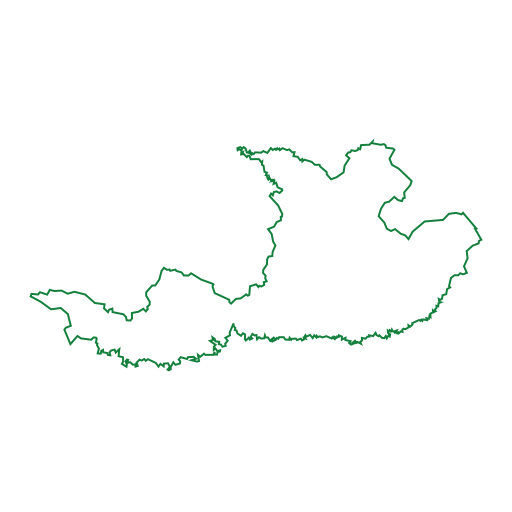 Tejupilco, México, Mexico (orthographic projection)
{"feature_id": "50627088B9468705483198", "entity_name": "Tejupilco", "entity_type": "district", "adm_level": 2, "iso_a3": "MEX", "parent_name": "Mexico", "parent_adm1": "México", "projection": "orthographic", "projection_center": [-100.226, 18.891], "detail": "fine", "context": "isolated", "style": "outline", "palette": "green", "viewbox_px": 512, "rotation_deg": 0, "n_neighbors": 0, "source": "geoboundaries", "source_scale": "gbopen_adm2", "svg_char_len": 6096}
<svg xmlns="http://www.w3.org/2000/svg" viewBox="0 0 512 512"><path d="M360.9,343.7L360.1,342.0L362.1,340.5L361.9,337.9L365.5,338.7L367.3,336.7L369.4,336.6L369.2,335.3L373.1,336.1L375.6,332.8L376.5,335.1L378.6,336.2L379.4,335.3L381.9,337.8L384.3,338.2L385.8,336.0L386.8,338.3L388.5,335.6L389.7,336.5L390.2,334.4L388.1,333.0L387.9,330.8L388.8,331.6L389.6,330.2L390.8,331.5L391.8,329.5L392.6,331.3L394.9,332.1L394.6,331.2L396.7,330.5L395.5,332.6L397.7,332.3L397.3,333.4L398.3,333.7L401.0,331.3L402.5,331.9L402.4,329.5L403.6,328.7L405.3,329.2L408.7,327.3L408.5,325.3L410.3,326.6L412.5,324.5L412.2,323.2L419.1,320.0L420.4,320.8L421.2,319.7L422.3,320.9L423.2,319.4L427.1,320.2L426.5,318.2L428.9,318.8L429.5,315.8L430.5,316.8L430.3,313.7L432.9,312.4L432.9,311.1L433.6,312.2L435.6,311.2L434.2,310.2L436.5,308.0L436.5,305.8L438.2,306.3L438.5,303.2L440.8,302.3L439.4,301.9L438.8,299.0L440.3,299.8L442.1,298.7L442.5,295.2L446.2,294.2L447.1,289.1L450.1,287.4L449.0,286.2L451.0,278.0L454.5,275.2L458.2,275.3L460.2,273.3L463.0,274.3L466.8,272.9L464.0,266.3L467.6,258.3L466.7,251.1L472.6,245.7L478.6,243.4L479.1,240.9L481.3,239.7L475.0,228.7L476.3,228.5L463.0,212.8L461.5,214.3L455.9,212.9L449.0,213.8L443.0,219.9L424.6,221.5L412.6,231.7L408.5,239.1L405.3,235.4L400.7,233.7L395.1,229.1L391.1,231.0L386.9,228.8L384.3,222.6L378.7,216.2L380.9,208.9L384.8,202.8L389.1,201.7L394.3,196.9L398.1,200.1L402.0,201.1L403.0,198.3L404.7,197.9L404.2,192.4L410.4,185.0L411.6,181.0L398.7,168.6L392.0,164.8L389.5,158.7L394.4,149.8L393.2,148.6L386.2,147.7L385.4,145.1L383.7,144.1L380.9,144.8L372.1,143.2L372.5,141.7L369.5,144.7L361.1,145.1L360.2,149.2L358.3,148.3L357.7,150.1L355.2,151.0L351.5,150.3L350.3,152.2L348.2,152.5L346.1,155.4L349.4,158.2L344.6,165.7L343.6,172.3L336.5,177.3L331.1,179.3L326.8,174.4L326.6,172.0L320.0,166.4L319.6,164.8L314.9,164.8L311.6,161.8L304.4,159.7L302.4,161.4L302.2,159.1L300.2,160.3L297.7,156.8L293.5,156.2L294.5,152.2L292.3,152.4L289.2,149.4L286.9,150.1L282.6,148.2L279.9,150.1L279.4,148.6L278.1,149.3L277.2,148.3L276.0,149.8L274.9,148.7L272.7,150.0L270.9,148.1L267.3,152.9L263.3,151.1L261.3,152.6L255.1,152.4L253.7,154.1L252.3,153.2L251.6,154.7L249.7,153.4L250.7,152.3L249.8,150.6L248.2,152.6L246.9,152.5L245.6,148.6L243.6,147.1L242.3,148.6L240.2,147.1L237.4,148.2L237.7,150.1L238.7,149.3L241.6,150.3L241.2,153.7L242.9,152.4L242.4,154.2L243.6,153.9L246.8,157.1L248.0,155.7L249.5,156.0L250.7,159.2L258.9,159.1L261.2,162.2L262.2,161.4L261.9,164.7L263.5,165.6L264.5,171.8L266.9,172.6L265.8,175.1L267.7,175.4L266.9,176.0L267.7,178.5L269.0,177.4L268.9,179.3L270.0,178.6L270.6,179.8L272.9,179.8L271.6,181.2L274.3,180.7L273.6,183.9L276.2,182.8L277.6,187.3L282.1,189.3L282.3,190.5L279.5,193.0L276.5,191.4L273.8,192.1L272.8,195.3L271.1,193.6L269.6,196.1L278.1,205.4L282.3,214.0L281.9,216.6L280.8,216.8L280.9,220.3L276.7,222.1L274.0,226.7L268.1,229.2L271.7,234.1L273.1,241.5L275.4,245.5L272.6,252.0L272.3,256.0L268.5,256.6L267.1,259.4L267.0,264.3L263.2,270.0L263.1,273.0L265.6,275.7L265.2,278.2L266.6,281.4L263.8,282.1L264.2,284.9L261.4,286.5L259.3,285.7L258.4,287.0L256.1,284.3L250.0,286.3L249.3,294.9L247.8,295.7L246.2,294.4L240.6,298.4L235.9,298.9L231.1,303.6L229.5,302.2L229.1,299.7L214.7,293.1L212.5,286.4L213.4,284.3L212.2,283.6L201.2,279.6L191.1,273.3L188.4,275.6L183.8,275.4L181.6,272.4L176.5,271.0L175.4,269.6L170.2,270.8L169.5,269.5L166.9,269.8L164.0,267.8L161.6,270.8L159.3,279.5L155.3,285.4L152.1,285.6L146.2,292.3L146.2,295.8L149.7,301.6L149.7,304.6L147.2,306.9L147.8,308.9L145.9,311.4L143.3,308.8L138.6,311.7L131.9,313.0L132.0,318.5L130.4,320.5L126.7,320.3L126.0,317.0L123.4,314.3L112.6,312.1L112.3,308.6L109.1,309.7L108.0,312.2L104.0,308.3L104.6,304.3L94.9,303.0L85.2,294.5L74.4,291.8L67.7,293.7L61.6,290.6L54.4,291.0L49.8,289.9L47.2,294.6L39.9,292.2L38.1,294.5L31.5,293.9L30.7,296.4L40.8,301.8L51.0,309.3L60.7,308.0L67.8,314.0L70.8,325.8L65.9,327.7L64.4,329.6L70.4,344.1L77.5,336.0L80.9,338.4L91.2,339.7L93.6,337.5L95.9,337.6L96.7,338.6L95.9,342.7L97.4,343.5L97.0,345.1L98.9,348.5L97.7,353.4L100.7,353.7L101.3,350.8L103.0,349.9L103.2,352.3L107.2,353.0L108.0,355.0L110.3,355.3L109.5,352.4L111.0,350.6L114.6,349.6L115.7,352.6L119.3,349.2L118.6,356.2L123.0,357.3L123.2,361.3L121.9,363.9L126.5,366.7L126.9,364.4L125.6,361.4L126.9,359.6L128.1,359.9L127.2,362.9L130.3,362.2L132.8,364.7L135.1,364.4L135.5,366.6L137.7,365.9L136.5,362.8L139.5,359.7L141.6,360.5L144.3,359.0L145.7,360.8L147.9,359.2L155.8,362.9L158.5,366.6L160.4,363.9L163.7,366.4L163.9,363.6L168.0,363.3L169.9,366.8L167.6,369.6L168.9,370.3L170.7,369.3L170.6,367.2L173.3,362.3L175.4,364.8L179.9,363.5L180.2,361.3L178.7,359.6L180.7,357.2L187.1,359.0L188.0,357.2L193.6,356.8L196.0,358.7L191.5,360.2L197.1,361.6L199.0,361.1L198.0,354.9L200.2,356.8L204.0,353.7L205.3,354.9L213.5,354.8L214.7,351.8L214.3,354.5L217.0,354.6L217.7,351.9L219.9,351.5L220.1,350.3L217.3,351.1L215.4,348.4L213.8,349.8L213.8,346.7L215.6,344.9L210.0,340.9L213.0,340.0L212.5,337.3L214.8,339.0L215.3,341.3L219.2,341.8L218.8,344.1L220.9,344.6L222.5,346.7L225.7,345.8L225.2,343.7L227.7,340.7L225.4,337.8L230.0,335.3L229.7,332.5L233.5,323.5L233.7,326.2L235.3,328.0L234.8,330.0L236.5,330.5L237.4,333.4L241.0,335.8L242.9,333.3L245.1,334.5L244.9,339.2L245.9,340.5L248.7,337.7L249.8,339.6L252.2,338.5L250.7,337.0L252.4,333.9L254.6,335.4L256.4,335.1L257.1,339.3L259.1,337.2L261.4,338.6L264.2,338.3L264.9,335.4L265.6,337.4L268.0,337.5L270.3,341.0L272.5,341.5L274.0,340.6L271.1,339.8L273.7,337.6L275.8,339.6L276.8,338.0L278.3,338.8L279.1,337.2L283.7,337.2L285.3,339.5L289.1,339.8L289.6,337.8L291.2,339.9L292.0,338.8L295.9,338.6L296.9,340.0L300.8,338.7L302.0,340.5L303.8,339.5L303.7,338.0L305.5,338.6L304.4,336.8L305.4,335.3L306.0,336.8L310.1,334.9L312.7,338.1L314.2,335.3L316.2,337.4L316.7,335.8L317.8,337.1L319.8,336.3L322.5,337.4L326.4,336.2L331.7,338.5L332.4,337.2L334.8,339.1L335.4,338.2L334.0,337.9L334.2,336.7L336.6,337.8L337.1,336.4L338.7,336.9L338.9,335.3L341.9,336.6L341.8,339.6L345.5,337.8L345.4,340.0L350.5,341.2L349.1,343.0L351.1,344.6L355.1,343.0L352.9,342.5L355.0,340.8L356.7,342.8L357.3,341.9L360.9,343.7Z" fill="none" stroke="#15803d" stroke-width="2"/></svg>